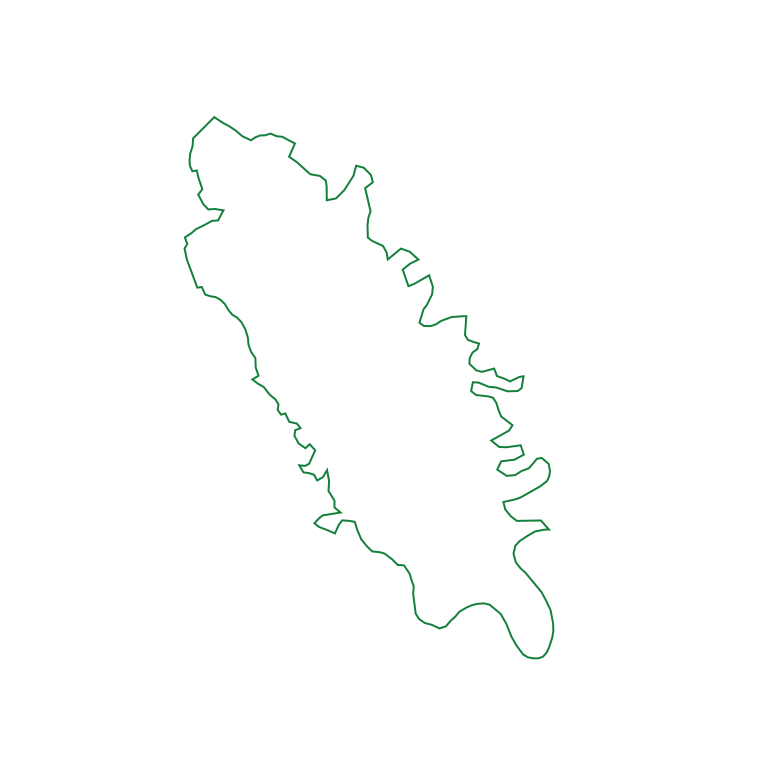 Realeza, Paraná, Brazil, rotated 152°
{"feature_id": "56859067B32532391106562", "entity_name": "Realeza", "entity_type": "district", "adm_level": 2, "iso_a3": "BRA", "parent_name": "Brazil", "parent_adm1": "Paraná", "projection": "equal_earth", "projection_center": [-53.548, -25.669], "detail": "fine", "context": "isolated", "style": "outline", "palette": "green", "viewbox_px": 768, "rotation_deg": 152, "n_neighbors": 0, "source": "geoboundaries", "source_scale": "gbopen_adm2", "svg_char_len": 3263}
<svg xmlns="http://www.w3.org/2000/svg" viewBox="0 0 768 768"><g transform="rotate(152 384 384)"><path d="M453.3,661.8L449.1,660.4L451.0,653.1L453.0,641.2L459.1,638.5L459.1,627.5L457.2,620.6L451.1,617.9L444.2,612.7L448.3,610.0L453.6,606.3L459.4,608.8L465.3,608.7L470.4,608.7L477.2,609.0L483.3,607.6L491.0,606.9L491.9,600.1L496.5,597.2L499.6,586.5L503.6,556.7L499.4,555.2L499.9,546.9L496.1,543.0L492.0,539.9L489.0,535.4L487.0,529.4L486.7,522.7L485.4,516.4L482.6,511.7L480.8,505.4L480.8,496.8L482.4,488.9L485.2,482.2L486.3,474.9L485.4,467.3L489.5,458.9L490.9,450.2L498.1,449.8L495.2,443.6L491.6,437.8L489.9,428.1L487.2,421.7L486.7,415.6L490.0,411.1L489.3,405.3L485.0,404.4L485.4,395.0L479.5,390.0L478.4,384.2L484.1,384.9L487.4,380.3L487.3,371.6L483.5,364.2L477.9,365.7L475.8,357.8L482.2,352.9L487.7,348.7L492.0,348.7L497.0,352.0L496.6,343.8L492.0,340.5L488.4,336.8L488.3,330.2L481.6,330.4L474.7,334.7L478.1,324.0L483.2,315.6L482.5,304.3L485.7,298.2L482.7,290.9L493.1,294.5L499.8,296.8L504.1,296.0L510.8,293.7L508.4,288.2L502.2,281.1L497.5,275.1L490.0,280.9L485.0,283.2L479.6,279.9L474.5,276.0L476.1,267.8L477.0,257.5L475.1,248.0L472.9,241.6L466.6,237.4L463.1,234.0L459.1,225.3L456.8,217.8L451.5,214.5L450.4,204.5L451.8,197.8L452.7,191.5L456.8,184.9L463.8,166.4L463.4,160.0L460.0,153.6L455.0,149.1L449.7,142.1L442.9,141.0L436.1,143.7L431.0,144.9L424.0,147.6L415.4,147.9L410.0,147.4L404.9,146.1L398.6,143.3L394.4,139.6L388.9,126.2L388.6,114.4L390.1,100.7L389.8,90.9L388.1,79.8L385.1,74.9L380.2,71.2L375.8,69.1L371.5,68.7L366.8,70.3L361.5,74.3L354.7,80.9L350.3,86.6L347.1,93.2L343.1,106.2L342.6,115.9L342.6,126.0L344.5,135.4L347.7,150.9L350.0,157.3L351.3,164.7L349.3,173.4L344.0,179.5L337.9,181.7L327.4,182.6L319.9,182.9L311.0,180.2L306.7,178.1L309.5,189.8L331.0,200.8L334.2,207.8L335.8,216.4L334.0,223.7L321.3,220.3L316.2,219.7L294.3,220.3L285.6,221.8L281.8,224.6L278.3,229.1L276.1,236.2L279.5,244.7L284.2,246.2L288.9,244.1L295.8,241.6L303.3,242.6L311.0,242.0L318.8,245.3L324.2,255.3L316.8,260.7L304.3,255.9L293.7,256.0L292.1,265.7L305.9,270.8L312.0,274.5L315.8,283.8L295.3,284.2L289.9,287.3L295.8,300.3L295.3,305.9L293.7,314.7L294.2,320.7L297.6,324.0L307.9,331.1L310.4,336.8L304.7,343.8L299.9,340.9L292.7,332.2L286.7,328.4L278.3,319.5L269.2,315.0L264.4,315.8L257.2,325.3L261.2,326.7L271.5,327.1L275.1,332.0L280.5,338.0L279.5,345.9L291.7,348.7L296.1,352.7L299.1,361.8L296.1,366.7L291.1,370.2L285.2,371.0L281.1,375.1L285.2,379.1L289.2,383.6L289.5,389.2L279.5,405.2L284.5,407.7L292.9,411.4L304.0,412.9L310.6,412.3L315.8,413.3L321.5,416.5L323.9,421.5L313.9,431.5L309.0,433.7L299.4,440.6L295.2,446.9L293.1,458.8L310.6,458.2L316.5,458.9L313.8,476.2L304.2,478.0L295.2,477.7L299.3,488.9L305.5,495.6L322.2,492.2L320.0,498.7L320.0,506.3L327.4,516.0L329.5,520.9L324.1,531.8L319.7,538.2L314.8,542.8L308.7,565.8L299.1,567.4L297.4,574.7L300.3,584.4L306.1,589.8L313.2,582.2L328.0,573.8L339.3,570.4L348.3,573.1L341.9,585.3L339.9,591.1L342.9,597.8L350.6,603.8L356.8,620.9L361.1,629.2L349.7,638.2L354.5,645.1L357.7,650.0L362.4,653.1L366.6,658.3L372.5,659.5L376.6,661.6L381.8,662.2L387.0,661.6L392.7,669.2L396.1,677.7L399.9,684.7L403.3,689.6L408.6,699.3L437.2,690.5L441.3,683.9L447.0,678.3L450.6,672.9L452.9,668.0L453.3,661.8Z" fill="none" stroke="#15803d" stroke-width="2"/></g></svg>